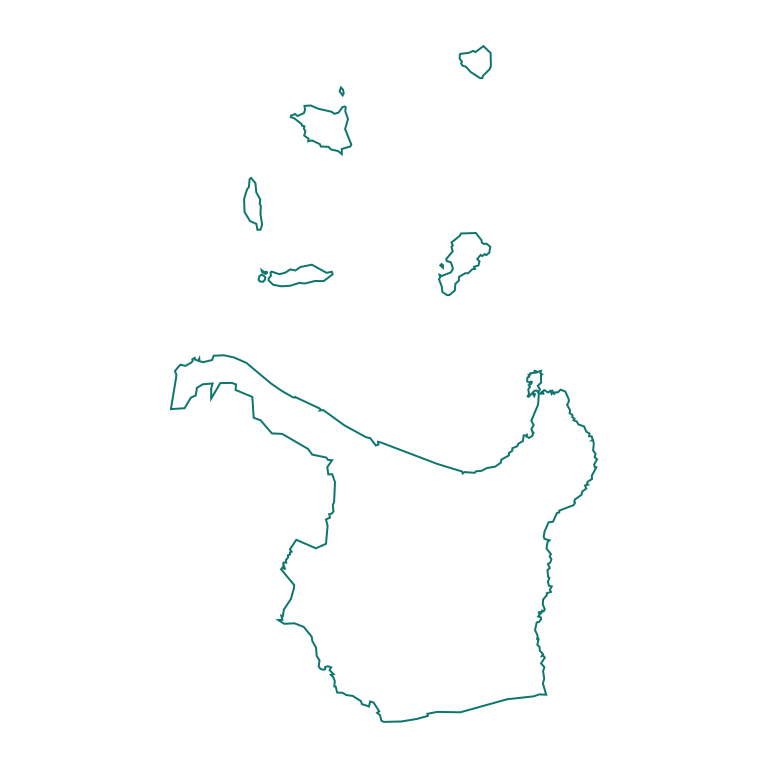 the district of Cagayan, Cagayan, Philippines
{"feature_id": "2640588B33083527354868", "entity_name": "Cagayan", "entity_type": "district", "adm_level": 2, "iso_a3": "PHL", "parent_name": "Philippines", "parent_adm1": "Cagayan", "projection": "mercator", "projection_center": [121.776, 18.537], "detail": "fine", "context": "isolated", "style": "outline", "palette": "teal", "viewbox_px": 768, "rotation_deg": 0, "n_neighbors": 0, "source": "geoboundaries", "source_scale": "gbopen_adm2", "svg_char_len": 6101}
<svg xmlns="http://www.w3.org/2000/svg" viewBox="0 0 768 768"><path d="M316.7,655.8L319.5,660.4L318.7,666.5L320.3,668.7L323.4,669.8L325.1,669.2L325.1,667.1L327.9,666.2L331.1,667.4L329.6,670.2L333.6,674.3L330.9,674.9L333.3,677.2L334.8,681.2L334.3,686.4L335.7,686.6L337.2,692.6L342.6,692.8L346.2,695.0L352.7,695.9L360.9,701.1L361.9,704.1L369.0,706.5L370.1,701.5L373.5,702.5L379.2,711.3L377.1,712.8L380.0,715.1L381.4,720.7L383.7,721.9L401.2,721.5L417.1,718.9L427.9,715.9L427.4,713.8L437.2,711.9L460.3,712.3L507.0,699.3L533.9,696.3L539.2,694.4L546.2,694.7L542.9,683.5L544.2,678.6L543.1,671.2L544.4,667.2L541.0,663.4L544.8,657.6L543.3,655.7L541.8,656.1L542.9,654.0L539.8,650.6L539.5,646.8L537.3,644.8L538.6,639.2L537.9,637.9L537.1,638.9L537.0,638.7L537.8,637.6L537.1,634.3L535.0,630.2L536.7,622.5L539.2,621.8L541.1,619.3L540.9,617.4L538.2,616.5L539.7,614.7L539.0,613.3L540.6,613.2L539.7,612.1L541.9,611.9L542.1,610.6L543.6,611.3L544.8,609.3L542.8,604.5L543.1,599.6L546.8,595.1L546.7,593.3L550.9,591.9L549.9,589.5L551.7,586.5L548.9,585.7L547.9,581.6L549.4,577.9L548.1,576.8L547.5,570.2L549.8,568.0L547.9,564.0L550.2,562.7L551.4,559.2L549.7,556.6L550.9,554.1L546.5,548.5L547.5,542.2L549.5,540.3L544.5,538.9L543.7,536.6L544.5,531.7L548.6,522.3L553.0,521.7L557.0,513.0L559.2,512.5L559.3,510.6L573.6,505.1L575.0,502.8L574.2,501.8L575.0,499.4L581.5,494.8L582.3,491.5L586.3,488.5L585.0,485.5L588.0,484.6L587.0,483.8L587.6,481.8L592.0,479.0L591.8,475.7L596.3,467.3L594.8,467.0L594.1,464.6L597.1,459.3L594.6,457.1L595.6,453.8L593.1,450.5L593.8,443.7L593.1,440.3L591.9,440.4L592.7,439.7L591.7,436.4L589.1,436.2L589.6,433.6L586.2,431.6L584.1,426.4L578.3,424.4L576.8,421.5L573.5,420.2L574.5,418.7L572.2,417.1L572.5,415.6L572.2,414.7L569.6,413.2L570.1,410.3L567.1,404.8L568.9,401.3L568.6,398.9L565.3,391.5L560.5,389.7L558.1,392.2L554.8,392.5L554.3,393.9L552.8,393.2L553.4,392.9L552.7,391.4L551.6,393.7L550.8,391.9L551.8,391.3L550.6,390.6L548.0,392.5L544.3,390.1L541.8,392.0L543.1,392.4L543.4,393.7L538.8,393.7L538.1,404.5L531.3,420.8L533.7,425.1L531.4,429.0L532.8,433.1L532.5,431.7L533.4,432.5L533.5,434.0L533.1,433.1L532.5,435.6L529.1,438.0L526.2,436.2L527.7,434.0L525.8,435.6L523.7,435.4L522.9,441.0L518.3,443.8L517.3,446.2L512.3,448.3L512.3,450.8L509.0,452.9L508.9,455.4L501.3,459.7L500.8,462.7L495.1,466.7L487.1,468.0L481.6,470.8L476.1,471.3L474.7,472.8L464.5,472.1L462.7,473.4L462.1,471.5L437.2,463.9L381.5,442.7L378.0,441.8L378.3,444.7L375.8,445.5L370.2,438.1L366.0,437.2L344.6,425.5L323.3,410.1L320.2,410.4L320.9,409.8L319.7,408.5L294.3,396.6L295.7,397.6L293.1,397.4L281.3,390.6L270.9,383.4L246.4,362.9L234.1,357.5L224.1,355.3L213.7,355.7L212.1,360.0L203.1,362.2L199.5,361.2L199.3,358.6L198.2,360.8L195.1,359.5L194.7,357.9L192.3,359.3L192.7,360.8L191.3,362.6L185.3,365.9L180.6,364.7L178.6,366.6L174.9,371.1L176.4,374.6L176.0,378.4L170.9,409.1L184.6,408.2L190.9,397.6L195.7,395.5L196.9,387.9L202.7,384.3L212.6,383.5L211.2,388.3L211.2,398.6L220.3,383.1L231.9,382.9L236.0,384.4L235.6,390.0L252.3,396.9L253.7,417.8L260.6,420.3L271.9,433.4L282.2,433.9L308.0,448.9L312.2,454.6L326.2,457.5L328.0,459.9L332.1,460.2L327.3,467.2L328.3,474.4L332.2,474.2L335.0,482.2L334.1,502.0L332.8,505.1L333.5,511.4L331.6,513.7L329.2,514.2L330.0,517.6L326.0,519.5L327.6,525.8L326.0,543.8L315.9,548.3L296.3,539.8L289.9,549.4L291.6,551.7L290.0,552.4L290.1,554.4L287.8,555.4L288.3,557.2L286.0,559.9L286.2,562.7L283.9,562.4L283.1,563.5L284.6,567.9L283.5,567.3L283.9,568.5L282.2,567.9L281.1,569.3L294.2,585.1L294.0,588.0L290.9,599.0L283.9,609.5L282.8,616.3L281.3,615.7L282.4,619.8L278.3,620.1L284.2,623.8L294.5,623.3L303.7,626.9L311.7,636.7L312.4,641.2L316.0,647.6L316.7,655.8ZM351.3,144.5L345.1,129.1L348.0,119.0L345.3,111.4L345.7,107.2L344.7,106.5L342.6,107.0L338.6,112.5L334.5,113.8L331.4,111.7L318.1,108.7L310.8,105.5L304.5,105.9L305.0,109.9L303.9,113.1L297.5,116.0L295.0,114.0L291.0,115.7L290.8,117.2L294.2,118.3L301.6,124.1L302.0,125.7L304.4,126.3L303.8,128.5L305.4,131.2L304.2,135.6L308.6,138.7L308.2,141.3L312.0,140.4L319.9,144.2L320.8,146.5L328.4,146.8L331.0,149.5L338.0,151.0L341.8,154.1L341.8,149.0L350.3,146.5L351.3,144.5ZM475.8,233.0L460.9,233.5L459.9,235.7L451.5,242.5L452.8,245.6L451.5,246.8L452.7,251.3L446.2,259.1L446.8,261.1L450.6,262.1L452.2,265.8L452.9,268.9L450.8,272.4L441.9,275.9L439.5,274.8L440.2,277.3L439.0,279.3L441.8,286.7L442.4,292.0L447.1,295.1L449.5,295.0L454.8,290.5L455.4,283.8L458.9,280.6L459.0,276.9L465.3,273.2L468.1,273.3L472.3,269.2L475.0,268.9L474.1,266.8L478.4,265.5L479.5,261.4L477.3,259.0L480.6,255.0L482.5,256.0L484.5,254.1L486.3,255.1L489.3,252.7L490.3,246.8L486.3,243.6L483.9,244.0L481.9,242.7L481.5,240.2L475.8,233.0ZM311.9,264.7L300.4,267.0L295.4,270.5L290.3,269.4L285.0,272.8L279.2,274.2L271.7,271.6L270.5,272.4L271.0,275.7L268.6,278.6L268.7,280.5L273.2,284.8L281.3,286.3L290.5,285.7L299.1,282.9L304.8,283.5L315.0,281.0L323.7,281.1L332.6,274.3L331.9,271.8L326.5,272.8L311.9,264.7ZM483.4,46.1L475.4,52.1L473.2,50.9L469.0,52.8L460.2,53.9L459.7,55.5L459.8,58.9L462.0,61.6L461.1,63.4L462.5,65.6L466.0,66.8L470.6,72.0L480.2,78.2L482.4,78.1L482.8,76.0L489.8,69.0L490.9,66.0L490.6,53.0L483.4,46.1ZM251.0,177.9L249.6,179.2L248.9,187.1L247.1,189.3L244.1,198.8L244.5,211.9L250.0,221.1L256.4,223.9L257.4,229.8L260.5,229.7L262.1,224.6L260.5,214.2L260.8,205.8L259.7,203.8L260.3,199.6L256.3,192.4L255.4,183.1L251.0,177.9ZM538.2,392.5L540.0,389.3L537.8,385.9L541.1,382.5L541.0,375.3L542.1,374.3L540.4,373.3L541.0,370.9L537.7,371.9L534.0,370.5L535.8,372.6L530.3,373.3L530.3,374.6L528.6,374.7L529.2,376.7L527.4,377.5L527.2,381.4L529.1,382.6L530.9,381.6L531.8,381.9L531.4,383.7L528.7,385.2L530.0,386.8L528.3,389.4L529.0,393.9L527.7,396.4L528.6,396.8L534.4,390.8L536.8,390.5L538.2,392.5ZM261.8,274.5L259.4,276.2L258.6,279.8L259.8,281.4L262.9,281.8L265.0,279.7L265.3,277.1L261.8,274.5ZM341.0,87.5L339.6,91.3L342.7,95.4L343.7,93.5L343.0,89.7L341.0,87.5ZM261.9,271.7L265.5,274.0L267.0,272.9L266.7,271.8L264.0,272.0L261.6,270.1L261.9,271.7ZM441.4,264.1L440.3,265.4L442.9,267.8L442.9,265.1L441.4,264.1ZM533.7,393.3L533.2,394.5L534.2,396.1L535.0,394.2L533.7,393.3Z" fill="none" stroke="#0f766e" stroke-width="2"/></svg>